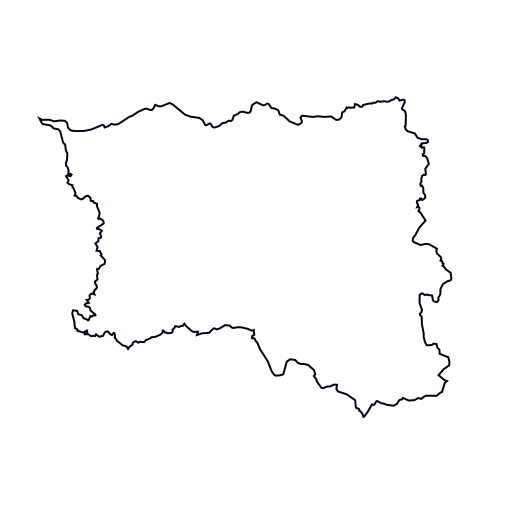 outline of Miarinarivo, Itasy, Madagascar, rotated 348°
{"feature_id": "10022922B79563685419763", "entity_name": "Miarinarivo", "entity_type": "district", "adm_level": 2, "iso_a3": "MDG", "parent_name": "Madagascar", "parent_adm1": "Itasy", "projection": "mercator", "projection_center": [46.919, -18.928], "detail": "fine", "context": "isolated", "style": "outline", "palette": "ink", "viewbox_px": 512, "rotation_deg": 348, "n_neighbors": 0, "source": "geoboundaries", "source_scale": "gbopen_adm2", "svg_char_len": 6018}
<svg xmlns="http://www.w3.org/2000/svg" viewBox="0 0 512 512"><g transform="rotate(348 256 256)"><path d="M387.9,430.1L391.5,428.4L393.8,428.1L403.6,430.3L407.9,428.0L409.6,427.7L414.4,419.3L416.8,418.1L414.5,416.5L409.8,410.5L415.9,405.8L422.3,403.1L423.2,399.7L423.0,395.0L415.3,389.9L415.9,385.8L414.3,383.0L414.2,379.6L411.5,378.7L409.4,379.6L405.0,379.0L404.3,378.6L403.4,375.4L403.2,370.0L403.9,366.6L404.1,357.5L405.4,349.7L404.1,347.5L404.3,346.6L405.8,345.6L407.2,343.2L406.2,335.9L407.9,328.3L409.8,327.0L411.3,327.4L413.2,329.4L415.3,329.2L416.2,330.0L420.0,331.2L419.9,336.4L420.6,337.4L423.5,338.7L425.2,337.5L425.8,334.6L428.4,331.6L429.4,327.0L432.0,323.5L433.3,322.2L438.0,320.5L441.2,320.3L442.4,318.8L442.9,312.9L439.0,308.7L437.4,305.0L436.4,304.4L437.9,302.7L436.8,301.2L437.1,300.0L435.5,298.8L436.7,297.2L436.4,295.3L433.6,291.2L433.4,288.4L434.5,286.5L427.8,280.5L424.2,279.4L419.2,279.5L413.1,275.1L412.5,274.0L413.2,271.3L417.0,267.8L421.4,262.4L429.2,256.6L425.9,247.9L424.3,246.1L424.4,245.5L425.2,245.3L425.8,242.7L425.3,241.5L423.8,241.7L425.3,239.5L424.5,237.8L424.6,236.3L425.1,235.6L427.6,235.3L428.4,233.9L429.6,234.1L429.6,235.4L430.5,235.8L433.6,234.3L434.1,231.8L432.9,228.8L433.7,224.5L433.1,221.7L431.8,221.7L431.7,219.5L433.4,217.5L433.6,215.2L435.1,212.3L436.8,211.4L438.3,212.0L439.1,211.5L439.8,205.8L444.2,201.8L443.8,196.0L442.2,193.2L440.2,192.8L440.2,191.3L441.9,190.3L443.0,186.0L442.9,184.7L440.9,184.6L440.8,182.8L439.9,183.5L439.2,182.7L441.4,180.4L446.3,180.8L447.9,180.3L448.1,179.4L447.9,178.0L446.5,177.1L442.3,176.2L438.6,173.9L436.8,169.1L430.2,165.5L428.7,163.1L428.5,160.2L429.4,159.7L432.0,149.0L431.9,145.8L431.5,144.7L429.7,143.3L429.4,141.9L433.5,136.5L433.7,134.3L432.5,133.7L428.7,133.9L427.9,131.4L425.7,129.8L423.6,131.4L420.5,131.6L418.6,132.5L415.9,132.3L413.5,131.2L409.4,130.9L407.3,129.9L404.3,131.0L402.6,130.4L401.8,131.0L398.2,130.4L392.0,130.6L391.4,131.7L390.2,132.1L388.4,131.3L387.3,129.5L384.5,127.9L383.0,131.1L379.4,130.7L377.6,129.8L375.9,130.2L375.5,129.7L372.7,132.8L370.1,133.6L368.4,138.2L365.9,139.8L362.8,139.6L358.4,135.1L351.9,134.2L345.2,132.1L340.6,131.8L330.2,128.3L328.3,129.9L328.9,133.6L328.6,134.7L326.7,136.0L324.1,136.3L317.0,131.4L312.1,124.6L308.6,122.6L308.1,118.1L305.0,115.7L302.0,114.6L299.9,109.8L298.7,109.2L295.9,110.2L294.2,110.1L288.5,105.7L284.1,107.3L283.0,108.6L281.0,113.0L279.7,114.4L277.7,114.3L272.6,111.9L270.0,112.0L267.7,113.3L263.4,114.2L261.4,117.8L260.5,118.4L259.2,118.7L257.2,118.0L254.2,119.2L250.7,119.1L247.0,121.2L242.1,121.7L240.4,120.9L239.1,117.1L238.2,116.7L235.1,117.7L233.5,117.4L232.2,112.2L229.1,109.1L220.8,106.0L216.0,103.0L206.0,90.4L203.4,88.4L194.0,89.9L191.7,89.2L188.8,87.2L186.6,90.1L184.8,91.4L183.2,91.3L179.3,89.0L177.0,89.1L170.6,90.5L164.1,93.1L161.2,93.5L148.5,98.4L145.0,98.1L142.0,96.7L138.5,98.3L134.7,98.8L134.3,96.5L133.0,95.8L121.3,98.0L113.3,97.9L105.7,96.3L101.6,95.0L100.3,94.0L98.8,91.2L98.9,86.4L97.2,84.1L93.0,82.8L86.6,82.3L82.0,79.7L75.2,78.4L72.7,76.4L74.0,81.1L75.0,82.7L81.5,85.3L83.0,86.5L84.5,89.1L89.0,91.0L90.4,93.3L90.9,104.9L92.5,107.5L92.0,112.8L92.8,116.8L91.1,122.7L89.5,125.4L89.1,128.3L90.1,129.9L90.5,133.3L89.6,136.4L91.7,137.2L92.5,138.1L91.1,139.3L88.1,137.9L86.8,138.4L88.3,142.4L88.1,143.7L86.8,145.2L88.2,146.9L91.3,148.7L90.8,150.7L91.7,152.0L92.5,157.0L91.1,159.3L92.9,159.8L93.9,162.2L96.8,164.3L98.4,164.1L102.0,162.1L104.1,162.1L106.2,164.7L105.8,167.7L108.2,168.5L108.3,169.9L111.4,172.0L110.8,173.9L112.0,181.3L110.9,184.2L109.3,186.5L109.8,187.2L111.1,186.9L113.1,188.7L113.8,189.7L114.0,191.4L113.8,192.5L106.2,195.5L106.1,196.2L109.9,198.3L110.4,199.5L108.1,201.2L108.6,205.2L108.0,205.9L105.6,205.9L104.9,208.6L101.5,210.3L102.9,214.3L101.1,217.7L104.3,218.8L105.2,222.4L104.2,223.2L107.4,228.4L107.2,230.2L106.2,232.2L101.7,233.5L99.6,235.9L98.0,235.5L97.7,236.1L97.7,240.2L96.6,241.4L96.0,246.1L93.1,247.5L92.9,249.2L93.9,251.4L93.9,253.5L92.8,255.0L91.3,255.4L90.6,256.9L89.7,257.4L90.0,260.0L87.9,258.6L85.5,259.4L84.9,260.1L84.8,262.7L83.3,263.9L81.3,263.8L82.7,267.1L79.6,267.1L78.3,268.1L79.0,269.9L81.9,270.9L82.8,272.4L82.8,275.0L86.6,279.6L86.6,280.6L84.3,280.4L82.8,281.1L81.5,280.3L79.0,283.9L78.3,284.0L77.5,282.9L74.5,281.1L73.2,277.7L70.1,276.0L69.6,272.4L65.7,271.1L64.3,274.0L64.6,282.8L63.9,288.9L66.2,290.9L65.7,292.1L66.2,292.6L67.9,293.0L70.7,294.9L75.1,293.8L75.1,296.3L72.3,296.5L72.2,297.0L75.6,297.6L78.2,300.2L80.3,300.2L81.9,300.9L83.2,299.3L85.9,302.4L89.8,302.3L92.1,299.4L93.6,298.8L95.4,299.0L97.0,302.1L98.6,303.4L100.9,301.6L101.4,301.8L101.5,304.8L100.8,306.6L101.9,308.2L102.1,309.6L106.8,315.5L110.6,317.6L111.5,320.3L113.3,318.5L116.7,317.1L117.6,315.1L119.6,314.4L120.9,314.4L122.8,316.3L124.5,315.8L128.6,317.0L130.8,315.4L135.6,314.5L136.5,313.8L141.3,314.1L146.2,313.0L148.4,311.6L149.4,309.5L150.5,310.3L150.9,311.9L152.5,312.2L153.3,313.2L157.4,313.7L159.0,312.4L159.0,310.7L161.6,309.1L162.3,307.8L166.2,309.4L168.1,308.8L169.6,309.2L171.8,307.3L172.9,309.8L177.9,316.5L179.3,317.3L183.5,318.0L181.8,321.0L187.3,320.4L194.2,321.4L199.2,318.1L200.0,318.0L202.5,319.6L205.4,319.3L211.5,317.2L216.0,318.7L217.1,320.7L218.9,321.7L223.7,321.9L227.3,322.9L232.9,325.6L236.3,328.2L238.4,327.9L237.9,332.7L235.6,333.5L235.0,335.2L235.3,335.8L236.9,336.0L237.6,337.0L237.8,338.7L239.3,341.3L240.7,348.5L245.6,361.2L247.4,372.3L249.4,376.4L250.1,377.0L254.4,377.7L258.1,377.4L264.1,365.8L267.9,364.1L272.6,365.8L274.9,369.3L277.2,370.9L280.5,371.6L284.3,373.4L289.1,379.8L289.3,384.1L287.7,385.4L289.4,389.5L289.5,391.6L292.6,398.5L294.0,399.2L299.0,398.5L301.4,399.0L305.6,398.0L308.5,398.8L306.9,403.0L308.1,405.6L315.8,410.0L323.0,417.6L322.2,425.1L325.0,427.1L324.8,428.9L325.9,429.5L327.4,432.9L327.6,435.6L328.9,435.3L333.1,431.4L338.6,425.3L340.6,426.2L343.6,423.1L344.6,423.2L347.7,425.9L351.0,427.3L352.6,428.6L359.4,431.1L363.1,429.9L366.3,426.7L369.0,426.6L370.2,425.4L375.3,429.1L380.8,429.9L385.3,428.7L387.9,430.1Z" fill="none" stroke="#020617" stroke-width="2"/></g></svg>